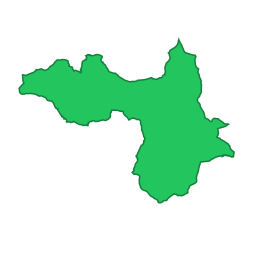 the district of Soars, Brasov, Romania, rotated 170°
{"feature_id": "2599482B91433011273091", "entity_name": "Soars", "entity_type": "district", "adm_level": 2, "iso_a3": "ROU", "parent_name": "Romania", "parent_adm1": "Brasov", "projection": "robinson", "projection_center": [24.929, 45.96], "detail": "fine", "context": "isolated", "style": "filled", "palette": "green", "viewbox_px": 256, "rotation_deg": 170, "n_neighbors": 0, "source": "geoboundaries", "source_scale": "gbopen_adm2", "svg_char_len": 5841}
<svg xmlns="http://www.w3.org/2000/svg" viewBox="0 0 256 256"><g transform="rotate(170 128 128)"><path d="M203.3,201.4L206.3,201.0L207.8,201.2L208.2,201.4L208.6,200.5L209.2,200.6L209.5,200.1L211.0,199.3L219.7,197.5L219.9,197.5L220.9,198.2L222.1,198.6L222.4,198.7L222.8,198.4L222.7,197.3L223.0,196.2L223.1,193.3L223.3,192.7L223.2,191.7L222.9,191.2L222.7,190.4L228.4,186.0L228.4,181.7L227.1,179.9L224.5,179.4L221.9,179.6L220.2,179.1L218.1,179.0L213.3,177.4L210.7,175.3L209.8,174.8L207.7,174.7L204.0,172.2L203.3,171.4L203.2,170.8L202.6,169.3L200.0,168.1L198.5,167.8L197.2,165.8L195.9,160.5L195.7,160.6L194.7,159.6L193.9,159.2L194.2,158.9L194.2,158.5L194.3,158.5L191.4,151.5L191.2,150.6L190.6,150.6L190.7,150.4L190.7,150.0L190.5,150.4L190.2,150.1L190.1,149.6L189.4,149.2L189.5,148.8L188.6,148.2L188.8,148.0L188.1,148.0L188.1,147.7L187.6,147.5L187.5,147.1L187.3,146.9L187.1,146.4L187.1,145.4L187.5,145.1L187.2,144.3L186.0,144.6L185.3,144.3L185.0,144.3L183.6,143.4L181.8,143.3L181.3,143.8L180.9,143.8L180.5,144.0L180.1,143.4L179.6,143.3L178.9,142.7L178.5,142.6L178.4,142.2L177.5,141.6L176.9,141.0L176.2,140.8L176.1,140.6L175.2,139.9L173.1,139.2L171.6,138.2L170.4,138.5L167.1,137.3L166.8,138.0L167.0,138.7L167.0,139.2L166.0,139.4L165.8,139.8L165.8,140.1L165.6,140.0L164.8,140.6L163.9,141.0L162.9,140.7L161.0,141.3L160.3,141.3L159.6,140.2L156.4,139.7L154.3,140.1L152.0,140.2L150.6,140.1L148.9,139.3L146.9,139.7L145.2,140.6L143.6,141.8L143.1,143.1L143.2,143.9L142.9,145.0L142.2,146.2L141.8,146.4L141.0,148.4L135.1,147.2L132.7,145.8L130.0,145.3L130.0,144.0L129.5,141.9L128.3,140.2L127.1,139.2L125.6,135.7L122.9,136.9L120.7,136.7L120.3,136.4L119.9,136.6L118.1,134.9L115.9,134.5L115.4,134.2L115.0,133.6L114.3,132.3L114.8,130.5L114.7,128.8L114.4,128.0L114.3,126.8L114.7,125.7L114.5,124.7L114.9,123.7L114.9,123.4L114.3,122.0L113.9,116.4L113.2,115.6L113.3,115.3L113.2,115.0L113.3,114.6L113.2,114.5L113.6,113.9L113.7,113.3L114.7,112.8L114.8,111.9L114.6,111.5L114.7,111.2L115.4,110.7L116.5,108.7L117.9,108.7L124.0,99.6L124.9,99.0L124.4,98.5L124.7,98.1L124.4,97.6L124.5,97.1L123.8,96.5L123.9,96.2L123.8,95.9L124.1,95.6L124.2,93.9L127.0,91.2L128.0,88.7L129.3,87.2L129.4,86.4L129.7,85.8L129.5,85.4L129.7,85.2L129.8,84.6L131.6,83.6L131.0,82.5L130.1,81.4L128.9,81.2L127.1,80.6L126.2,80.1L125.2,79.2L124.8,77.6L125.1,77.3L126.1,74.4L126.3,71.8L126.5,71.3L126.0,68.7L126.0,67.6L125.6,66.3L124.5,64.8L123.1,63.8L121.2,62.8L120.2,61.9L118.4,58.4L117.3,56.9L115.0,55.1L114.4,54.0L113.3,53.5L111.5,51.8L111.2,51.0L111.3,50.1L111.0,49.4L110.7,49.1L109.0,48.7L107.0,49.2L105.6,50.2L102.8,50.0L102.0,50.4L100.8,51.7L98.4,53.1L98.2,53.4L96.4,53.9L94.3,55.2L93.8,54.8L92.0,54.4L91.0,52.8L88.8,52.6L87.4,52.1L86.5,52.0L84.9,52.3L82.3,53.3L80.5,53.7L80.3,54.0L79.9,56.7L78.3,58.4L77.1,60.3L76.4,60.8L75.4,60.8L71.6,62.0L70.0,62.9L69.5,64.3L69.3,67.2L68.7,68.9L66.4,72.9L65.1,76.5L62.4,81.9L53.7,81.3L51.2,82.5L50.8,83.0L49.5,82.9L48.5,83.5L47.3,83.9L46.9,83.8L46.1,84.1L44.3,84.2L43.2,84.6L42.9,84.4L40.8,84.3L40.5,84.0L40.4,83.5L38.2,84.1L39.0,84.7L38.7,85.0L37.7,84.5L35.5,83.9L35.5,83.5L35.3,83.4L34.9,83.4L34.4,83.6L34.1,83.1L33.4,83.3L33.1,83.0L33.0,82.7L32.4,82.6L31.2,81.6L30.8,81.4L30.4,81.6L30.1,81.3L29.0,81.5L28.8,82.1L28.9,82.8L28.5,83.6L28.2,84.8L27.7,85.7L28.1,86.5L29.4,87.7L30.5,89.3L30.9,90.8L31.0,92.8L31.7,93.7L32.0,94.7L34.1,96.8L37.2,99.6L38.2,100.3L39.0,101.2L39.4,101.9L42.2,103.4L42.3,103.6L40.9,105.0L39.8,107.0L39.8,111.7L37.9,112.1L36.6,112.1L31.8,112.7L28.9,114.1L27.6,114.2L31.8,115.2L32.6,115.7L33.7,117.3L36.9,120.3L37.4,121.3L41.3,122.5L42.0,122.5L43.4,121.6L44.3,120.0L45.1,119.9L45.8,120.4L46.8,121.4L47.6,122.7L49.2,123.6L50.3,124.5L50.3,125.8L50.7,130.4L52.0,133.3L53.1,136.7L53.1,138.5L53.3,139.7L55.0,142.0L54.5,144.7L54.1,145.3L52.1,146.7L51.2,148.6L51.0,148.8L50.8,148.8L49.5,150.8L49.1,153.7L48.1,157.9L48.1,158.5L48.8,159.4L47.8,161.0L47.8,162.4L48.7,165.5L48.8,168.8L49.5,170.5L49.0,172.2L49.0,172.5L48.2,173.8L50.1,176.0L50.6,177.9L50.6,179.7L50.3,183.7L48.8,186.6L49.1,187.9L51.6,188.7L58.5,192.3L59.3,193.5L59.6,194.6L60.1,197.2L60.5,198.4L61.0,201.0L61.9,203.2L62.6,206.2L64.4,202.2L65.6,200.7L68.3,199.0L72.9,197.3L73.8,196.0L74.6,195.1L75.2,194.9L75.1,194.7L74.8,194.6L74.6,193.9L74.6,192.5L74.2,190.3L74.4,189.4L75.7,187.5L79.1,185.1L79.9,183.4L80.5,182.7L80.6,182.2L81.2,181.0L81.5,176.8L82.4,174.9L82.3,174.5L82.7,174.1L83.5,174.1L84.4,173.7L85.0,173.2L85.1,172.7L85.8,171.9L86.5,171.7L88.0,172.0L91.3,170.9L93.6,171.6L94.6,172.1L96.1,173.5L99.3,173.1L100.2,172.7L101.4,172.9L103.7,172.7L110.4,173.3L111.2,172.7L114.3,172.7L115.3,173.2L116.1,173.0L118.5,173.3L122.8,175.6L126.5,178.9L127.6,179.6L128.0,180.0L128.4,181.2L131.0,184.2L132.4,184.3L136.5,186.5L136.9,187.1L137.0,187.7L137.6,188.8L137.7,189.5L138.9,191.9L139.6,194.1L141.2,196.2L141.2,197.1L141.4,197.4L141.8,197.4L142.7,198.0L142.8,198.3L142.8,199.6L142.5,200.8L141.0,202.1L141.2,203.3L143.1,204.7L145.1,205.6L146.8,205.8L147.5,205.5L150.0,205.4L151.2,205.5L153.5,206.5L153.1,206.7L154.6,207.3L155.9,206.8L156.4,206.4L156.9,206.4L156.7,206.0L156.4,205.9L156.7,205.3L156.5,204.3L157.1,203.8L157.4,202.4L158.0,202.6L159.6,202.2L160.1,201.6L161.0,201.6L161.4,201.2L161.5,200.6L162.1,199.4L162.5,197.5L163.6,195.0L163.6,194.7L164.5,194.2L164.6,193.8L164.2,193.5L164.6,193.0L164.1,192.3L164.3,192.0L164.9,192.3L165.0,191.8L164.6,190.9L164.8,190.6L165.2,190.7L165.9,191.2L166.4,191.9L167.8,192.8L168.3,192.9L169.2,193.7L169.9,193.9L171.5,193.7L172.4,196.2L172.2,197.5L174.3,198.5L175.4,199.4L175.0,199.7L174.9,200.2L175.2,201.8L175.6,202.4L175.4,203.7L175.7,204.8L177.9,206.0L179.4,206.5L181.0,206.8L183.6,206.7L185.7,207.3L186.4,207.1L188.7,205.4L190.6,203.5L192.0,202.9L192.9,202.3L193.6,202.4L195.7,200.6L195.9,200.3L198.3,199.3L200.4,199.3L201.4,200.3L202.2,200.4L202.5,200.8L203.1,201.0L203.3,201.4Z" fill="#22c55e" stroke="#15803d" stroke-width="1.5"/></g></svg>